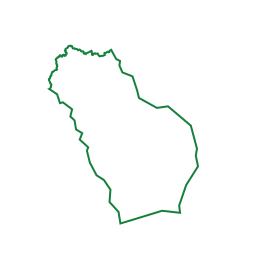 Ibba, Western Equatoria, South Sudan (orthographic projection), rotated 159°
{"feature_id": "79223893B81466867971410", "entity_name": "Ibba", "entity_type": "district", "adm_level": 2, "iso_a3": "SSD", "parent_name": "South Sudan", "parent_adm1": "Western Equatoria", "projection": "orthographic", "projection_center": [29.215, 5.058], "detail": "fine", "context": "isolated", "style": "outline", "palette": "green", "viewbox_px": 256, "rotation_deg": 159, "n_neighbors": 0, "source": "geoboundaries", "source_scale": "gbopen_adm2", "svg_char_len": 3229}
<svg xmlns="http://www.w3.org/2000/svg" viewBox="0 0 256 256"><g transform="rotate(159 128 128)"><path d="M109.8,30.2L108.0,37.3L94.1,53.9L76.4,67.1L74.6,77.9L71.0,84.0L68.5,107.7L82.9,133.9L93.8,136.4L107.0,152.1L106.0,159.9L105.3,174.6L113.3,181.9L113.6,189.5L111.4,193.4L114.3,196.6L115.7,207.1L115.9,207.1L116.2,206.9L116.7,206.7L117.1,206.7L118.0,206.3L118.3,205.6L118.7,205.6L118.8,206.2L119.3,206.4L119.7,206.4L120.3,206.4L120.6,206.2L121.4,206.1L121.8,206.1L122.1,206.2L122.6,206.5L123.1,206.5L123.2,206.0L123.5,205.4L123.7,204.9L123.5,204.5L124.0,204.4L125.0,204.4L125.9,204.4L126.5,204.7L127.1,204.9L127.9,205.0L128.7,205.0L128.9,205.7L129.3,206.0L129.5,206.8L129.5,207.4L129.5,208.2L130.1,208.6L130.5,208.6L131.7,208.9L131.9,209.4L132.6,209.8L133.3,209.6L133.9,209.0L134.8,208.8L135.3,209.2L135.3,209.7L134.8,210.7L134.8,211.3L134.5,211.9L134.4,212.4L134.5,213.2L135.4,213.0L136.3,213.0L136.7,212.7L137.7,212.7L138.6,212.8L139.1,212.7L139.7,212.7L140.3,212.4L140.7,212.2L140.8,212.7L140.8,213.0L141.0,213.2L141.5,213.2L142.3,213.0L142.5,213.4L142.5,214.1L142.5,214.8L142.2,215.1L142.4,215.6L143.0,215.8L143.6,216.0L144.2,216.3L144.3,216.7L144.3,217.3L144.5,217.8L144.7,218.1L145.1,218.6L145.6,218.6L146.2,218.4L146.8,218.5L146.9,218.8L147.0,219.4L147.1,219.7L147.8,220.2L148.3,220.7L148.6,220.7L149.1,220.8L149.5,221.4L149.7,221.7L150.3,221.7L151.0,222.1L150.9,222.7L151.0,223.2L150.9,224.0L150.9,224.4L151.2,224.7L151.9,224.7L152.2,225.1L152.2,225.4L152.7,225.6L153.4,225.7L154.0,225.8L154.4,225.8L154.7,225.2L154.9,224.9L155.4,224.6L155.9,224.5L156.5,224.5L156.8,224.5L157.4,224.2L158.1,224.1L158.4,223.5L158.9,223.0L158.4,222.6L158.5,222.1L159.1,221.7L159.2,221.3L158.9,220.8L158.5,220.5L158.4,219.8L158.6,219.3L159.3,219.2L159.5,219.1L159.9,218.4L160.3,218.0L161.2,218.1L161.2,218.4L161.3,219.1L161.6,219.4L162.0,219.5L162.6,219.5L162.9,219.0L163.3,218.6L163.8,218.3L164.3,218.5L164.4,218.9L164.5,219.4L164.7,219.8L165.2,220.2L165.6,220.2L165.9,219.6L166.1,219.2L166.9,219.2L167.1,219.5L167.6,219.3L167.7,219.1L168.2,219.1L168.7,219.1L169.0,218.6L169.4,218.4L169.8,218.4L170.4,218.4L170.8,218.0L171.0,217.4L171.0,217.0L171.0,216.7L171.0,216.1L171.0,215.5L171.4,214.7L171.8,214.2L171.9,213.7L171.7,213.5L171.8,213.0L171.9,212.5L171.6,212.1L172.0,211.6L171.9,211.1L172.0,210.7L172.6,210.3L173.2,209.8L173.3,209.3L173.3,208.6L173.3,208.0L173.9,207.9L174.3,207.9L174.9,208.0L175.5,208.1L176.0,208.0L176.6,207.8L176.9,207.5L177.4,207.3L177.9,207.5L178.6,207.5L178.9,207.0L179.5,206.5L179.9,206.0L180.3,205.5L180.7,205.1L180.8,204.4L181.2,204.2L181.8,204.2L182.3,203.7L182.4,203.2L182.9,202.6L183.4,202.1L184.2,202.1L184.2,201.9L184.3,201.5L184.6,200.8L184.6,200.4L184.5,199.8L184.5,199.3L184.5,199.0L184.4,198.7L184.4,198.2L184.6,197.8L184.6,197.4L184.3,197.1L184.2,196.8L184.0,196.3L184.0,195.9L184.2,195.5L184.6,195.2L184.9,194.8L185.2,194.5L185.2,193.9L185.8,193.5L186.1,193.2L186.5,192.7L186.9,192.5L187.3,192.6L187.5,192.6L182.1,184.9L182.6,175.6L179.6,175.3L173.5,165.5L177.7,159.4L175.2,154.3L177.0,145.2L172.6,139.6L177.2,134.5L172.1,124.2L174.5,121.5L176.0,109.3L174.3,95.1L169.1,88.0L166.5,76.7L171.8,65.5L166.9,53.0L169.3,41.6L125.8,38.5L109.8,30.2Z" fill="none" stroke="#15803d" stroke-width="2"/></g></svg>